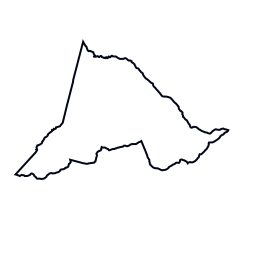 the district of Turrialba, Cartago, Costa Rica, rotated 284°
{"feature_id": "36466004B38119903555726", "entity_name": "Turrialba", "entity_type": "district", "adm_level": 2, "iso_a3": "CRI", "parent_name": "Costa Rica", "parent_adm1": "Cartago", "projection": "robinson", "projection_center": [-83.562, 9.784], "detail": "fine", "context": "isolated", "style": "outline", "palette": "ink", "viewbox_px": 256, "rotation_deg": 284, "n_neighbors": 0, "source": "geoboundaries", "source_scale": "gbopen_adm2", "svg_char_len": 5796}
<svg xmlns="http://www.w3.org/2000/svg" viewBox="0 0 256 256"><g transform="rotate(284 128 128)"><path d="M149.9,225.9L150.2,225.9L150.3,223.2L150.2,222.4L150.5,220.5L150.3,220.0L150.0,219.6L149.6,218.7L148.9,218.1L148.2,216.9L148.1,215.5L148.0,214.9L148.0,214.0L147.9,213.3L147.2,212.4L146.2,211.6L145.6,211.0L142.7,209.3L142.3,208.3L142.3,207.4L142.6,205.9L142.5,203.1L142.7,202.7L143.0,200.2L143.6,198.6L143.9,197.0L144.7,195.8L145.4,193.8L145.0,191.3L144.7,190.8L144.2,190.5L144.0,190.3L143.7,189.5L143.7,188.8L144.0,188.4L144.5,188.1L145.1,187.6L145.7,187.3L146.1,187.0L146.9,185.8L149.4,183.5L149.9,182.8L150.1,181.8L150.3,181.4L151.7,179.8L151.9,179.4L152.2,178.6L153.5,178.3L154.2,177.7L154.4,177.4L154.5,177.3L155.8,177.3L156.2,177.1L156.6,176.7L156.8,176.1L157.2,175.6L157.4,174.4L157.6,174.1L158.2,173.7L158.8,172.8L159.8,172.3L160.9,172.0L161.4,171.4L161.6,170.8L161.9,170.6L162.3,170.2L162.8,169.3L163.6,168.2L163.8,167.4L164.2,166.9L164.5,166.3L164.9,165.8L166.5,163.6L167.5,162.0L167.6,161.4L167.6,160.7L167.8,159.8L167.7,158.6L167.8,157.9L167.2,155.2L167.1,154.5L167.2,153.4L167.3,153.2L168.5,151.7L169.1,151.1L171.5,147.6L172.3,146.3L173.4,145.0L174.1,143.7L174.8,142.6L175.2,142.3L177.1,141.4L177.3,140.9L177.3,140.0L177.6,139.3L177.8,138.8L178.4,137.8L179.2,136.3L179.4,135.8L179.7,135.3L180.3,133.6L180.7,132.8L182.5,130.5L183.4,129.9L183.9,129.4L184.4,129.2L184.8,128.8L185.1,127.8L185.5,127.1L185.9,126.4L186.4,125.9L186.8,125.2L187.8,124.1L188.2,123.5L188.3,121.8L188.7,121.1L188.9,120.8L189.8,120.2L190.4,119.5L191.4,118.9L192.1,117.5L192.3,117.3L192.8,115.6L193.8,115.2L193.9,114.8L194.0,113.4L193.7,112.7L193.6,112.3L194.9,109.7L195.0,109.4L195.1,108.6L195.1,108.3L194.7,107.7L194.1,107.0L194.0,106.6L193.7,106.0L193.5,105.0L193.1,103.6L193.1,102.9L193.5,102.0L193.6,100.9L194.3,99.6L194.4,98.9L194.4,98.4L194.2,97.9L193.8,95.5L193.9,95.2L194.2,95.0L194.2,94.9L194.1,94.7L193.8,94.4L192.7,93.8L192.3,93.4L192.3,93.1L192.6,92.5L192.6,91.8L192.4,91.7L192.1,91.7L191.9,91.9L191.7,92.0L191.3,91.6L190.7,91.0L190.8,90.6L191.3,90.4L191.4,89.7L191.1,89.5L190.5,89.3L190.3,89.1L190.3,88.7L190.5,88.1L190.3,87.6L190.3,86.9L190.5,86.4L190.6,85.3L190.8,85.0L191.3,84.8L191.3,84.4L191.1,83.8L189.9,82.8L190.0,81.9L190.3,81.3L190.3,80.9L189.8,80.2L189.1,78.6L189.0,78.2L189.0,77.8L189.1,77.7L190.4,78.2L190.6,77.8L191.1,77.5L191.8,76.7L193.1,76.0L193.2,75.6L193.3,74.6L193.3,73.8L193.6,73.1L193.6,72.4L193.1,71.4L193.1,71.0L193.2,70.8L194.1,69.7L195.3,69.0L196.2,68.3L196.8,68.0L197.0,67.7L197.5,66.7L198.0,66.4L198.4,65.8L200.8,63.6L161.2,63.2L159.7,63.5L134.4,63.3L117.3,63.4L113.1,61.4L111.2,58.0L110.6,57.9L110.5,58.1L109.9,58.0L109.7,57.9L109.4,57.3L109.2,56.6L109.2,56.2L108.7,56.2L108.4,56.3L108.1,56.2L107.9,55.8L107.8,54.8L106.3,54.9L105.2,53.8L104.1,53.0L103.2,52.2L102.3,51.8L102.1,51.8L101.9,52.0L101.4,51.9L100.3,51.4L100.0,51.2L98.7,49.7L97.4,49.2L96.8,49.2L95.4,48.9L95.2,48.6L93.9,48.0L93.5,48.2L92.9,48.2L92.2,47.9L91.1,47.1L90.8,46.6L89.9,45.6L89.8,45.4L89.3,45.0L89.2,44.3L87.7,44.0L87.0,43.9L85.9,44.5L85.5,44.8L85.1,44.8L84.8,44.6L84.7,44.4L84.3,44.8L84.3,45.0L82.2,44.4L55.7,30.1L55.7,31.6L55.5,32.2L55.5,33.7L55.2,34.6L55.9,35.2L56.8,36.3L56.7,37.2L56.9,37.8L56.9,38.5L56.4,39.5L57.1,41.9L58.0,43.3L58.9,44.3L60.2,44.9L60.4,45.1L60.5,45.5L60.5,46.7L60.2,47.4L59.7,48.1L58.9,48.6L58.4,49.6L58.2,50.2L56.9,51.9L56.9,52.5L57.4,53.9L57.6,56.2L58.1,57.7L58.6,58.6L59.1,59.3L59.6,59.6L60.5,60.4L61.2,60.7L62.3,60.9L63.9,62.2L64.6,62.6L65.2,63.4L65.7,64.3L65.7,66.0L66.2,67.2L66.5,68.2L67.5,69.4L68.2,70.9L68.6,71.4L69.6,72.2L71.1,72.6L71.9,73.8L72.3,75.0L72.6,75.7L73.4,76.5L74.3,76.9L74.4,77.2L74.5,77.7L75.9,79.2L76.6,79.4L78.3,79.4L78.8,79.4L79.4,79.8L79.9,80.3L80.8,80.6L81.4,80.6L83.2,79.6L83.0,93.7L83.1,94.1L83.2,96.5L83.7,97.7L84.3,98.7L84.4,99.2L84.8,99.8L84.9,100.3L85.2,100.9L85.7,102.4L85.8,102.7L86.1,103.4L86.4,103.6L87.2,103.9L87.5,104.4L88.7,104.5L91.6,104.4L92.1,104.5L93.7,104.5L94.4,104.3L95.4,103.6L95.7,103.6L97.5,104.3L98.4,105.2L99.7,106.9L100.5,107.2L100.8,107.2L101.2,107.0L103.2,107.1L103.1,107.5L102.9,108.0L102.9,108.5L103.4,109.7L103.4,110.6L102.9,112.2L102.7,113.7L102.4,114.3L102.1,114.5L101.9,114.8L102.0,115.5L103.6,117.8L103.9,118.3L104.4,119.9L105.0,120.5L105.3,121.4L106.3,122.5L106.7,123.4L106.7,123.7L107.3,124.5L108.8,127.7L109.7,128.3L109.9,128.5L110.2,129.6L110.1,130.7L110.1,131.3L110.2,131.8L110.5,132.3L110.9,132.8L111.4,133.6L112.3,134.1L112.6,134.6L113.3,135.4L114.3,139.6L114.5,139.7L115.5,140.8L116.7,141.8L117.0,142.1L117.4,143.0L118.6,144.1L111.3,149.4L111.0,149.9L110.5,150.1L109.4,150.8L106.4,153.0L104.4,154.1L102.6,156.0L102.0,156.5L100.6,156.8L99.8,157.4L98.6,157.8L98.2,158.2L97.8,158.5L97.4,159.3L96.7,160.3L96.0,161.5L95.7,162.5L95.6,163.3L95.7,165.0L95.8,165.6L96.0,166.2L96.0,166.9L95.4,169.8L95.3,170.5L95.3,171.5L96.4,174.2L97.3,175.5L98.0,176.2L99.1,176.9L100.2,177.3L100.4,177.5L101.6,179.0L103.2,180.3L104.2,181.8L105.8,183.0L106.2,183.8L106.4,185.6L106.6,186.0L107.6,186.4L109.4,186.4L109.9,186.5L110.0,186.6L110.4,187.6L110.2,189.2L110.3,190.4L110.2,190.6L109.9,191.1L109.9,191.4L109.6,192.9L108.3,194.5L108.8,194.6L109.2,195.2L109.6,195.7L109.9,196.5L110.0,196.9L110.0,198.1L110.3,198.9L111.6,200.6L112.7,201.5L113.5,201.9L114.3,202.5L115.6,202.9L116.0,203.3L116.2,203.5L116.8,203.7L118.4,203.7L119.9,203.9L120.0,205.0L120.6,205.7L123.2,207.4L124.1,207.9L125.4,208.4L125.8,208.8L126.4,209.3L128.1,209.8L128.9,209.9L129.2,210.2L131.5,210.4L132.1,210.1L133.4,210.0L134.2,212.2L134.3,213.0L134.6,213.7L135.2,214.5L135.7,214.9L136.0,215.3L136.6,215.8L137.5,216.7L137.9,217.1L138.8,217.8L139.5,218.5L140.4,218.9L141.1,219.3L141.8,219.5L142.7,219.8L143.5,220.5L144.1,221.0L144.7,222.0L145.1,222.3L146.4,222.8L147.6,224.0L148.2,224.9L149.9,225.9Z" fill="none" stroke="#020617" stroke-width="2"/></g></svg>